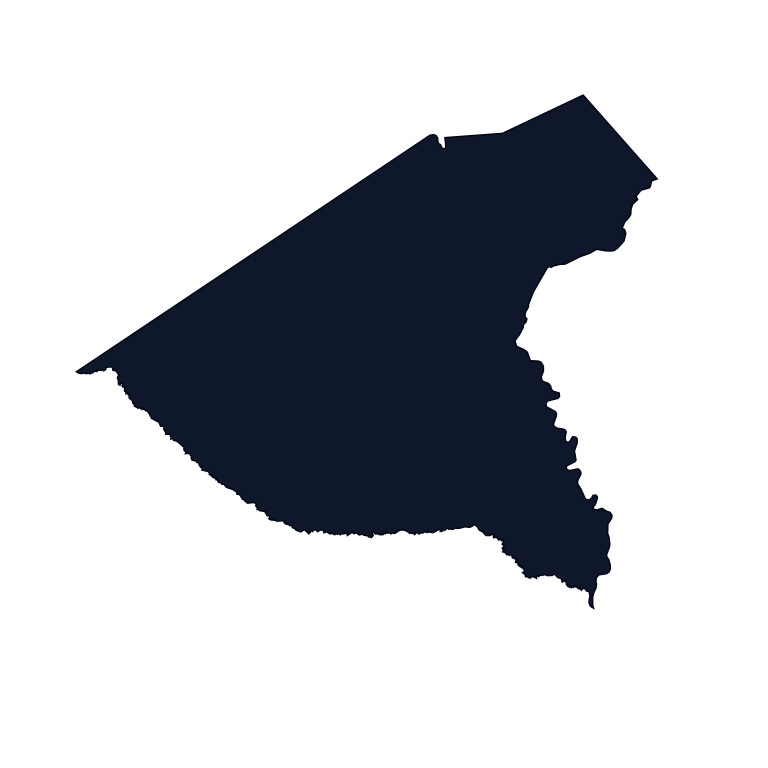 the district of Nalolo, Western, Zambia, rotated 351°
{"feature_id": "96606910B50694573542024", "entity_name": "Nalolo", "entity_type": "district", "adm_level": 2, "iso_a3": "ZMB", "parent_name": "Zambia", "parent_adm1": "Western", "projection": "mercator", "projection_center": [22.885, -15.831], "detail": "fine", "context": "isolated", "style": "filled", "palette": "ink", "viewbox_px": 768, "rotation_deg": 351, "n_neighbors": 0, "source": "geoboundaries", "source_scale": "gbopen_adm2", "svg_char_len": 6162}
<svg xmlns="http://www.w3.org/2000/svg" viewBox="0 0 768 768"><g transform="rotate(351 384 384)"><path d="M468.3,145.5L82.1,323.8L83.9,325.3L86.9,326.4L89.1,326.2L91.8,327.3L93.6,326.9L94.8,327.9L98.5,327.2L99.7,326.0L102.6,326.7L102.4,325.4L107.2,326.4L109.2,326.0L109.4,327.1L111.6,326.0L111.6,324.9L113.0,324.1L117.4,324.4L118.7,326.0L118.3,327.9L121.4,329.2L123.4,333.5L121.7,336.2L122.2,339.1L121.7,342.8L123.0,343.9L124.0,341.9L125.6,342.5L125.9,344.0L125.0,344.7L125.8,345.3L125.6,346.1L127.5,346.6L126.6,350.3L128.0,351.8L127.7,352.9L128.3,352.5L129.3,354.0L129.7,353.2L130.5,354.0L130.2,358.0L133.0,361.3L132.9,363.6L134.6,365.6L133.9,366.6L137.3,369.4L139.2,369.3L140.2,370.4L140.1,369.7L141.4,369.7L142.3,370.7L141.9,371.0L144.2,372.3L144.8,373.4L146.0,373.6L147.0,376.1L147.6,376.3L148.1,379.1L149.0,379.6L148.8,381.4L155.7,386.6L156.7,390.6L159.4,391.3L160.3,393.5L159.3,394.0L160.8,397.8L160.7,399.6L165.2,400.2L164.9,402.1L165.5,403.0L164.9,405.0L166.2,404.7L167.3,405.7L167.2,406.6L170.5,408.1L175.6,414.0L176.6,414.3L176.1,417.8L177.9,420.9L177.1,421.7L180.7,422.0L181.8,424.3L182.7,424.7L182.0,427.1L182.6,429.2L186.3,430.6L186.8,432.1L187.8,431.9L189.8,437.4L191.2,438.2L190.7,440.5L195.4,442.4L195.9,442.0L197.8,444.8L197.3,445.8L199.8,448.3L200.7,447.9L201.2,449.4L200.7,449.6L203.2,451.2L203.0,452.0L203.7,451.9L205.4,455.3L207.1,455.9L208.4,457.8L210.1,457.7L212.2,461.4L218.3,464.6L221.4,467.5L221.9,467.0L221.5,469.8L223.8,470.5L225.3,472.7L225.2,473.7L226.2,474.3L226.0,475.7L227.1,475.9L228.7,478.4L230.6,479.6L230.3,480.2L232.4,480.5L232.9,479.7L234.0,480.6L236.9,480.6L239.2,482.8L238.2,484.2L239.7,486.8L239.1,487.9L239.9,487.8L241.5,489.7L246.7,491.3L246.7,492.9L247.2,493.5L247.5,492.8L248.1,493.8L247.7,495.4L248.9,496.2L249.9,495.9L250.2,496.7L250.4,497.7L249.2,499.1L251.1,500.7L252.2,500.2L253.3,501.4L254.1,501.0L256.7,502.7L263.0,503.2L264.3,506.3L266.1,507.5L267.8,507.5L268.4,509.0L270.8,509.2L271.1,511.5L273.9,513.3L274.1,514.5L278.7,517.1L282.5,515.3L286.4,520.2L287.9,519.0L288.4,517.4L289.8,517.7L290.0,518.5L293.7,516.8L295.2,519.4L298.2,518.4L300.2,518.5L301.2,519.4L301.4,521.5L304.2,521.0L307.4,523.7L309.4,523.2L310.4,524.4L311.4,523.6L312.0,525.1L313.2,524.4L314.5,525.1L314.9,524.4L317.4,526.0L317.7,525.1L320.4,525.7L321.6,525.6L321.9,524.9L324.1,526.2L324.2,527.9L329.3,525.4L330.9,527.2L332.0,526.7L334.8,527.4L335.0,528.6L336.1,529.2L339.5,528.9L340.4,530.2L344.5,531.5L344.8,532.6L346.8,532.9L347.5,533.8L349.4,532.1L349.6,531.1L348.9,530.4L349.6,528.6L351.0,528.9L351.3,530.1L352.8,530.3L352.6,530.8L354.7,531.0L356.0,532.2L357.7,532.0L357.9,532.5L358.7,532.0L359.5,532.6L360.9,531.4L361.8,532.1L362.5,531.6L366.5,532.0L367.4,533.2L369.2,532.2L370.3,533.2L372.9,532.7L374.2,531.9L373.6,531.3L375.9,531.3L376.3,530.7L380.6,531.3L383.6,532.9L386.0,535.5L389.3,535.7L389.3,536.3L390.5,536.6L390.7,537.5L391.4,537.1L391.6,535.8L391.9,536.7L393.4,535.6L395.1,537.6L396.6,536.9L399.3,537.2L401.4,536.2L403.3,537.5L405.1,537.1L409.2,538.5L415.6,536.3L417.4,537.2L416.6,538.4L418.2,538.6L419.7,536.8L420.7,536.9L420.7,538.1L424.5,536.1L425.2,537.6L426.7,537.4L428.8,538.4L431.8,537.5L436.0,538.3L441.5,537.7L446.4,539.0L451.7,537.1L454.2,540.1L455.2,543.2L458.5,545.6L460.9,549.5L464.5,550.2L468.4,549.4L469.1,550.0L468.6,550.7L469.1,551.9L468.2,551.8L468.3,553.0L471.2,552.9L472.9,556.0L476.3,555.7L476.8,556.9L475.9,556.5L475.6,557.1L477.5,557.6L477.5,558.3L475.7,560.7L477.0,562.5L476.6,563.9L475.4,564.4L476.2,564.8L475.4,566.0L476.1,567.5L475.0,568.3L477.2,569.4L478.7,571.9L480.6,572.1L481.0,572.8L481.7,571.8L481.6,572.4L483.5,573.1L483.6,574.4L484.1,574.3L483.5,575.5L485.9,576.9L486.6,578.1L486.8,579.4L486.0,580.4L487.0,581.3L488.7,581.3L488.1,583.8L488.7,584.3L489.5,584.0L489.4,585.2L490.4,586.1L491.2,585.8L491.5,587.2L492.3,587.3L493.5,589.6L493.1,591.4L491.4,592.0L493.6,594.3L493.6,596.4L494.5,596.2L497.3,598.4L498.9,598.4L499.4,597.2L500.2,597.1L504.2,599.7L504.0,598.3L505.9,597.1L506.4,598.4L508.8,597.2L510.9,597.9L511.9,597.0L515.8,598.9L520.6,599.4L521.2,598.5L523.2,599.0L525.4,602.4L528.6,603.7L529.1,607.6L530.9,606.8L532.8,607.5L532.9,610.8L534.1,612.8L537.1,614.5L537.9,613.6L539.2,614.5L539.6,613.9L542.2,614.3L544.0,616.4L546.0,617.4L546.6,618.6L548.5,617.0L550.3,617.4L551.8,620.3L552.7,620.2L554.1,621.3L554.2,625.6L552.3,631.3L552.5,633.7L553.3,636.0L555.9,638.2L555.5,635.2L556.7,627.3L558.6,622.8L561.3,619.0L562.7,614.3L562.4,612.4L563.3,608.7L566.4,606.1L573.6,606.2L576.6,605.1L578.7,602.0L579.1,598.0L578.5,592.3L577.2,590.4L577.0,587.7L581.3,579.9L582.0,577.1L582.3,571.0L581.5,566.5L583.2,557.4L587.9,552.1L588.6,549.3L587.2,546.2L584.0,544.5L579.8,540.9L575.0,541.7L571.9,540.9L571.2,538.3L573.9,536.0L577.0,529.8L576.9,528.5L575.9,526.9L573.2,526.6L571.1,529.2L568.2,530.7L565.3,529.5L564.6,528.0L562.1,518.8L559.6,513.0L560.2,509.5L564.4,503.9L564.6,501.9L563.6,499.3L562.3,498.1L554.0,498.6L551.9,497.6L551.0,496.2L550.9,494.9L551.9,493.3L560.2,490.7L561.7,489.3L561.6,479.9L565.5,472.6L566.2,468.2L565.0,466.5L562.1,465.6L558.0,470.3L555.3,470.0L554.6,469.2L554.4,465.6L556.5,459.6L555.5,457.5L552.5,456.0L548.2,454.9L545.3,452.2L545.0,450.3L549.1,442.8L549.7,440.4L549.0,438.1L540.8,431.8L540.9,428.5L543.2,426.3L553.7,425.3L555.4,423.8L555.6,420.3L549.5,417.4L548.3,414.4L548.3,412.3L546.6,409.2L541.9,406.6L540.6,404.9L540.4,401.5L543.5,396.2L544.2,391.1L542.4,387.0L540.2,385.6L532.2,383.9L530.5,375.0L527.6,371.9L520.9,367.6L520.0,361.9L525.6,356.3L530.5,349.7L530.7,347.6L534.1,344.8L535.3,341.9L534.1,340.3L533.9,338.4L535.1,335.0L538.7,330.5L539.3,327.8L546.0,316.3L563.4,294.8L565.4,293.9L567.7,294.9L569.2,294.0L576.1,293.3L581.7,293.9L597.2,289.0L607.9,286.9L615.1,284.2L623.6,287.1L628.7,288.1L631.9,288.2L635.7,286.5L643.4,280.3L646.4,273.2L645.7,269.0L644.1,268.3L644.1,266.4L647.0,261.8L652.0,257.8L654.2,255.1L655.4,249.7L657.7,245.3L663.4,241.5L662.2,238.1L668.1,232.8L676.7,231.8L677.9,230.6L680.2,225.1L685.9,224.2L625.9,129.8L540.1,155.0L482.7,150.2L482.3,159.0L481.5,160.6L480.4,161.1L478.4,160.5L477.2,156.4L475.4,155.0L475.0,152.2L475.5,150.2L474.6,147.1L472.5,145.6L468.3,145.5Z" fill="#0f172a" stroke="#020617" stroke-width="1.5"/></g></svg>